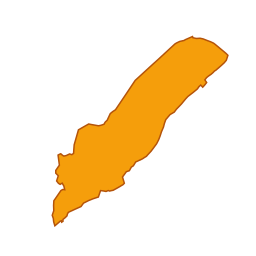 Maiha, Adamawa, Nigeria (Natural Earth projection), rotated 223°
{"feature_id": "59680162B24409102010221", "entity_name": "Maiha", "entity_type": "district", "adm_level": 2, "iso_a3": "NGA", "parent_name": "Nigeria", "parent_adm1": "Adamawa", "projection": "natural_earth1", "projection_center": [13.146, 9.868], "detail": "fine", "context": "isolated", "style": "filled", "palette": "amber", "viewbox_px": 256, "rotation_deg": 223, "n_neighbors": 0, "source": "geoboundaries", "source_scale": "gbopen_adm2", "svg_char_len": 1872}
<svg xmlns="http://www.w3.org/2000/svg" viewBox="0 0 256 256"><g transform="rotate(223 128 128)"><path d="M114.8,6.6L114.3,10.8L114.0,13.7L113.5,14.7L112.3,13.9L111.9,15.4L113.2,16.8L112.8,19.6L112.7,22.1L113.6,23.7L114.1,25.6L113.3,27.7L112.5,29.6L111.5,32.1L108.8,38.5L109.3,42.8L109.0,43.5L107.3,48.1L105.3,52.4L102.6,57.3L105.4,63.5L103.2,65.1L100.8,66.6L99.8,68.8L98.5,69.3L97.5,70.8L96.4,72.3L95.1,76.2L94.6,77.8L94.0,79.7L93.9,80.2L93.0,83.2L93.0,85.1L98.6,88.4L99.4,94.9L97.9,97.7L98.9,101.7L98.3,104.0L99.2,108.4L96.4,115.3L95.9,117.5L95.2,119.9L95.3,121.3L95.3,126.8L96.3,135.8L96.5,136.6L97.6,140.4L99.0,143.9L101.0,148.2L102.7,152.9L104.4,156.0L106.1,159.9L106.4,166.5L105.0,171.2L105.4,174.7L105.3,182.1L105.7,188.7L105.7,191.7L105.7,191.9L104.6,198.5L103.9,203.9L104.3,206.7L104.1,209.0L101.2,208.8L101.2,211.5L101.5,214.9L104.6,215.6L104.9,218.3L104.6,220.7L103.9,223.8L103.6,226.5L103.6,227.7L103.6,228.9L103.2,229.8L102.7,234.4L102.4,237.4L102.1,241.3L102.3,244.6L104.5,249.3L107.3,249.4L114.6,249.0L116.2,248.9L121.4,248.6L123.3,248.4L126.4,247.4L130.0,245.9L133.8,244.4L135.0,243.7L136.5,242.8L138.4,240.8L139.2,240.0L142.1,238.3L143.2,238.9L146.4,231.5L146.6,230.4L149.2,226.6L150.5,223.3L151.0,221.5L152.8,197.4L153.3,191.8L155.2,167.7L152.5,151.2L150.5,138.5L149.6,132.8L150.4,129.4L150.8,126.5L148.5,119.4L148.7,117.0L148.5,115.8L148.1,114.5L148.9,112.9L149.5,111.8L149.8,111.3L151.1,109.5L157.1,105.6L159.5,104.1L163.0,92.9L155.9,79.0L150.5,72.3L150.9,70.2L153.0,69.2L154.4,65.7L155.8,63.7L157.2,63.4L159.6,63.3L160.2,62.0L160.7,60.5L152.8,54.0L152.7,53.0L151.9,47.7L150.0,45.7L146.4,45.5L144.1,40.6L141.1,40.1L139.2,40.5L138.5,42.8L135.3,41.8L132.2,39.7L133.2,39.0L133.9,38.3L134.4,36.4L133.0,27.1L132.6,24.2L129.6,20.6L125.9,16.9L123.9,12.5L120.9,10.9L119.0,9.2L117.9,8.4L114.8,6.6Z" fill="#f59e0b" stroke="#b45309" stroke-width="1.5"/></g></svg>